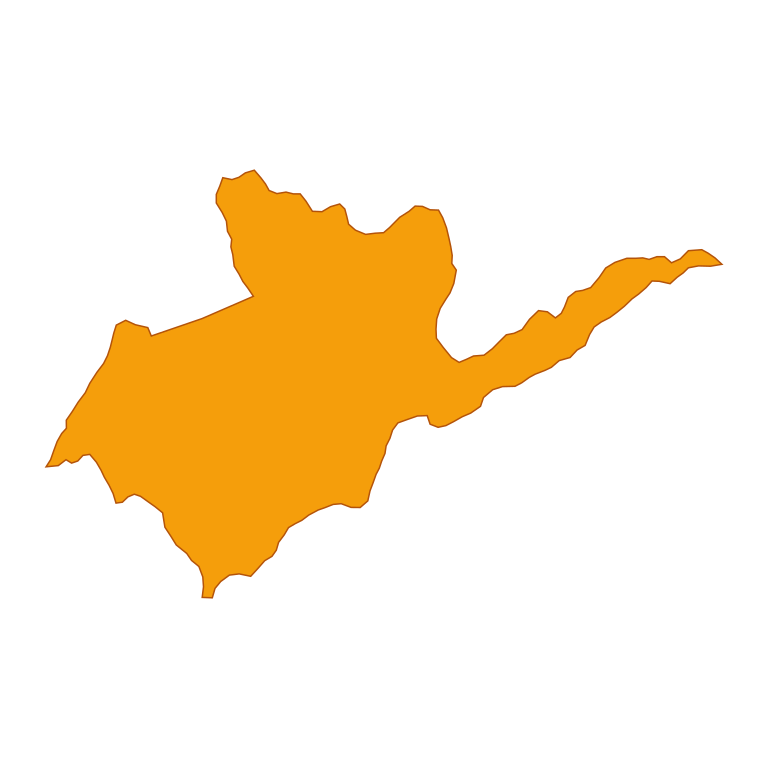 the district of São José do Vale do Rio Preto, Rio de Janeiro, Brazil
{"feature_id": "56859067B51855619198666", "entity_name": "São José do Vale do Rio Preto", "entity_type": "district", "adm_level": 2, "iso_a3": "BRA", "parent_name": "Brazil", "parent_adm1": "Rio de Janeiro", "projection": "orthographic", "projection_center": [-42.907, -22.174], "detail": "fine", "context": "isolated", "style": "filled", "palette": "amber", "viewbox_px": 768, "rotation_deg": 0, "n_neighbors": 0, "source": "geoboundaries", "source_scale": "gbopen_adm2", "svg_char_len": 2765}
<svg xmlns="http://www.w3.org/2000/svg" viewBox="0 0 768 768"><path d="M202.2,597.4L212.3,597.8L215.0,588.4L220.7,581.5L229.4,575.1L239.2,573.9L250.7,576.3L258.4,567.9L264.7,560.7L272.0,556.3L276.3,550.2L278.6,542.3L284.2,534.9L288.5,527.6L295.1,523.7L302.0,520.2L308.7,515.1L318.2,510.0L324.5,507.8L333.2,504.4L341.2,503.7L351.1,507.4L360.2,507.5L367.8,500.9L370.0,490.9L373.0,483.0L376.1,474.3L379.3,468.2L381.7,461.0L385.0,453.4L386.1,445.9L389.9,438.4L392.6,430.0L397.9,422.9L407.6,419.4L417.4,416.0L427.2,415.6L430.1,424.2L438.1,427.3L445.9,425.6L453.5,421.7L462.3,416.7L470.7,413.1L480.5,406.3L483.5,397.5L492.7,389.7L502.5,386.6L515.0,386.3L521.7,382.8L529.1,377.5L535.1,374.2L544.9,370.4L551.4,367.3L559.2,360.6L570.1,357.5L577.1,350.0L585.1,345.4L589.6,334.5L594.1,327.0L601.2,322.0L609.9,317.5L616.9,312.3L624.3,306.3L632.0,298.9L638.6,294.1L646.1,287.6L652.0,281.0L659.3,281.3L670.1,283.7L677.2,277.2L683.2,272.9L688.4,267.8L698.5,265.9L710.5,266.2L721.9,264.3L715.0,257.9L708.0,253.1L701.8,249.7L688.4,250.7L680.3,258.9L671.5,262.8L664.5,256.7L656.9,256.7L649.1,259.4L642.8,257.9L635.6,258.3L626.8,258.3L614.9,262.4L605.7,268.0L599.1,277.6L590.7,287.6L582.7,290.4L575.7,291.5L568.2,297.4L564.5,307.0L561.3,313.3L555.4,317.9L547.4,311.8L538.5,310.6L529.5,319.3L522.1,329.6L514.1,333.3L506.3,334.8L499.0,342.0L492.4,348.7L484.0,355.2L473.5,356.0L466.5,359.3L459.1,362.4L451.5,357.6L443.1,347.3L436.4,338.3L436.0,329.2L436.7,319.0L440.2,308.4L445.8,299.3L450.0,292.9L453.8,283.5L456.3,270.1L451.8,263.5L452.2,255.4L450.7,246.4L449.0,238.5L446.5,227.9L442.7,217.7L438.5,210.1L430.1,209.8L422.5,206.4L415.1,206.1L409.1,211.3L399.7,217.3L389.5,227.6L383.6,232.7L375.2,233.2L365.6,234.4L355.5,230.2L348.6,224.2L346.8,216.5L344.8,209.0L339.7,204.0L330.5,206.7L322.0,211.7L312.4,211.3L305.9,201.1L300.2,193.9L293.4,193.9L286.0,192.1L276.9,193.6L269.1,190.5L265.5,184.0L261.0,178.0L254.3,170.2L245.3,172.9L238.9,177.3L232.0,179.6L222.8,177.7L219.8,186.1L216.3,194.4L216.3,203.0L222.2,212.5L226.4,221.1L227.5,231.3L231.7,239.2L230.9,246.9L232.8,254.7L234.2,266.2L239.0,274.0L242.9,281.5L247.8,288.0L253.4,296.3L202.0,318.6L151.3,336.0L147.8,327.6L135.2,324.7L125.7,320.3L116.3,325.1L113.8,333.1L112.1,340.1L110.3,347.3L107.5,355.7L103.6,363.5L97.0,372.2L89.8,383.3L85.3,392.7L78.2,402.1L72.3,411.5L66.3,420.2L66.4,428.3L61.7,433.5L57.2,441.4L53.8,450.6L50.6,459.7L46.1,466.8L58.3,465.6L66.0,459.7L71.6,463.1L77.8,461.0L82.9,455.4L89.8,454.4L96.4,462.2L101.0,470.1L104.4,477.3L109.1,485.3L113.1,493.5L116.0,503.1L122.4,502.2L127.9,496.9L134.3,494.2L140.5,496.3L149.3,502.6L155.1,506.7L162.6,512.8L164.9,527.2L170.9,536.3L176.3,545.0L186.8,553.5L191.5,560.4L198.9,566.5L202.8,576.9L203.5,586.8L202.2,597.4Z" fill="#f59e0b" stroke="#b45309" stroke-width="1.5"/></svg>